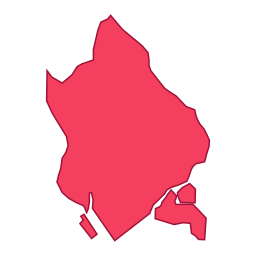 the district of Gwangyang-si, South Jeolla, South Korea
{"feature_id": "91817680B99071511370380", "entity_name": "Gwangyang-si", "entity_type": "district", "adm_level": 2, "iso_a3": "KOR", "parent_name": "South Korea", "parent_adm1": "South Jeolla", "projection": "mercator", "projection_center": [127.68, 35.032], "detail": "fine", "context": "isolated", "style": "filled", "palette": "rose", "viewbox_px": 256, "rotation_deg": 0, "n_neighbors": 0, "source": "geoboundaries", "source_scale": "gbopen_adm2", "svg_char_len": 1415}
<svg xmlns="http://www.w3.org/2000/svg" viewBox="0 0 256 256"><path d="M47.1,70.7L46.6,100.9L52.5,113.6L57.0,121.0L66.6,136.7L68.1,145.6L65.9,152.3L62.2,158.2L60.7,168.7L58.5,175.4L57.0,182.1L62.2,192.5L68.9,198.4L75.6,202.2L83.8,205.9L86.7,212.6L88.4,208.3L89.4,201.6L89.4,193.1L91.5,192.8L93.0,199.5L93.0,202.2L92.4,208.3L114.7,240.6L149.7,213.5L153.1,205.0L158.6,199.8L161.6,196.7L164.7,193.7L166.8,190.0L171.4,187.3L178.1,185.2L186.9,181.2L189.0,176.3L191.2,169.6L192.7,166.9L195.7,163.8L204.5,161.8L205.2,159.8L206.6,154.1L209.0,146.5L209.4,140.3L206.6,134.1L204.2,129.3L199.9,124.1L197.1,118.9L195.6,114.1L194.7,109.8L186.1,106.5L176.1,96.0L170.9,92.7L164.7,88.4L159.4,81.7L150.9,70.8L149.0,65.5L149.0,59.8L148.0,52.7L142.3,46.0L135.6,40.3L130.9,36.5L122.3,29.3L110.6,15.4L107.6,19.1L100.9,22.1L97.9,30.2L93.4,49.6L93.4,60.0L82.3,63.7L77.1,66.7L71.9,74.9L62.2,83.1L51.8,77.1L47.1,70.7ZM174.7,201.0L175.9,198.9L176.5,195.8L171.1,190.0L167.7,194.3L165.6,197.7L164.4,199.2L161.9,202.5L161.0,205.6L158.9,207.1L155.5,208.6L155.2,218.7L174.1,224.5L183.2,222.7L190.3,223.3L191.5,233.3L195.4,235.8L198.5,239.4L204.6,239.7L206.1,218.1L193.0,204.4L179.9,204.4L175.9,204.4L174.7,201.0ZM195.4,189.1L189.7,183.6L182.3,187.6L177.5,192.5L177.8,195.8L180.5,202.5L195.1,202.8L195.4,189.1ZM91.6,238.5L97.0,234.2L84.0,214.3L80.8,216.3L83.2,220.1L79.9,223.6L91.6,238.5Z" fill="#f43f5e" stroke="#9f1239" stroke-width="1.5"/></svg>